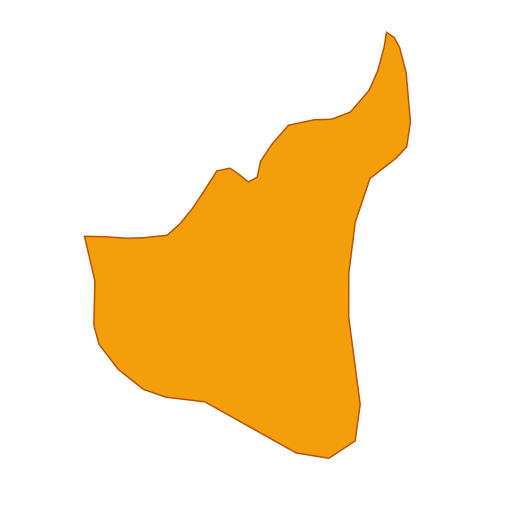 SVG path tracing the border of South West, rotated 264°
{"feature_id": "SGP-4872", "entity_name": "South West", "entity_type": "state/province", "adm_level": 1, "iso_a3": "SGP", "parent_name": "Singapore", "parent_adm1": "", "projection": "albers", "projection_center": [103.764, 1.348], "detail": "fine", "context": "isolated", "style": "filled", "palette": "amber", "viewbox_px": 512, "rotation_deg": 264, "n_neighbors": 0, "source": "natural_earth", "source_scale": "10m", "svg_char_len": 703}
<svg xmlns="http://www.w3.org/2000/svg" viewBox="0 0 512 512"><g transform="rotate(264 256 256)"><path d="M464.8,409.2L459.0,416.1L448.5,420.6L422.5,424.5L373.2,423.6L348.8,417.3L338.4,405.2L321.2,377.5L279.2,358.2L228.7,346.4L185.4,341.8L97.5,344.1L61.8,335.3L47.2,307.3L55.9,275.4L116.3,189.9L125.0,151.6L135.1,130.1L157.8,107.0L184.6,90.7L204.0,87.5L248.1,93.2L293.5,87.5L291.1,107.0L287.2,129.2L285.9,146.2L285.9,169.8L296.4,184.2L310.8,198.6L325.2,210.4L344.8,226.1L346.1,239.2L338.2,248.4L330.4,256.2L334.3,265.4L350.0,270.6L365.7,283.7L382.7,302.0L385.4,328.2L384.1,345.2L389.3,364.9L408.9,385.8L427.2,396.3L450.8,405.4L464.8,409.2Z" fill="#f59e0b" stroke="#b45309" stroke-width="1.5"/></g></svg>